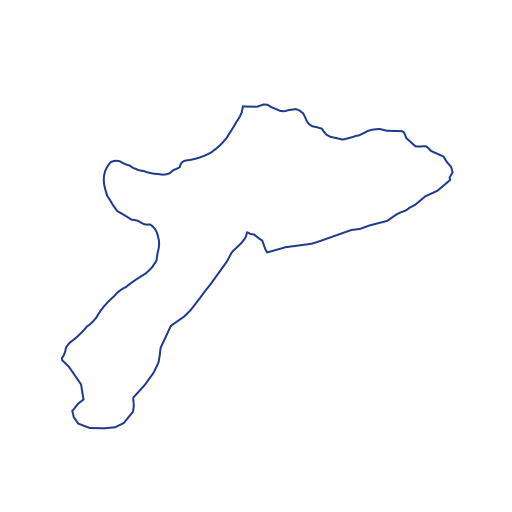 Zarqa, Dumyat, Egypt, rotated 352°
{"feature_id": "37247803B96389835129643", "entity_name": "Zarqa", "entity_type": "district", "adm_level": 2, "iso_a3": "EGY", "parent_name": "Egypt", "parent_adm1": "Dumyat", "projection": "equal_earth", "projection_center": [31.647, 31.209], "detail": "fine", "context": "isolated", "style": "outline", "palette": "blue", "viewbox_px": 512, "rotation_deg": 352, "n_neighbors": 0, "source": "geoboundaries", "source_scale": "gbopen_adm2", "svg_char_len": 6088}
<svg xmlns="http://www.w3.org/2000/svg" viewBox="0 0 512 512"><g transform="rotate(352 256 256)"><path d="M81.7,405.5L92.7,406.0L101.8,403.0L112.5,393.1L114.2,387.2L114.6,379.9L115.0,378.9L122.7,372.6L128.4,367.7L135.9,359.9L138.6,357.0L144.7,347.7L146.7,341.5L148.8,333.6L162.0,313.3L172.4,308.0L176.2,306.1L183.6,300.6L194.8,289.7L200.0,284.3L207.0,277.7L226.4,257.4L232.3,249.3L233.6,248.1L238.4,244.7L243.1,241.3L246.8,237.8L248.8,235.3L250.3,231.4L251.2,231.6L253.3,233.3L257.0,234.4L261.8,239.5L264.3,241.5L266.1,250.2L267.5,254.0L284.7,251.7L286.2,251.4L308.5,251.6L310.2,251.6L313.6,251.5L322.6,249.9L352.1,243.9L354.4,243.5L362.5,243.7L372.9,241.5L390.7,239.5L400.7,234.5L404.4,233.2L411.2,231.6L414.9,229.5L420.5,227.6L431.9,220.5L444.8,216.6L455.6,209.8L458.8,207.7L458.6,205.3L462.4,200.4L461.6,194.9L458.1,189.5L455.5,183.6L443.9,176.3L441.2,172.4L439.5,171.0L436.0,170.5L434.2,170.5L429.3,169.7L421.4,160.4L419.7,154.1L417.9,152.7L403.1,150.2L395.8,147.3L389.1,147.1L384.1,147.7L378.6,149.7L374.3,151.0L371.8,150.9L368.7,151.6L359.5,152.7L357.7,152.7L352.2,150.5L346.0,148.2L342.4,145.4L340.6,142.5L338.8,139.0L333.9,136.8L329.6,135.3L326.6,132.4L324.8,128.9L324.2,126.1L322.5,121.2L318.8,117.6L315.8,116.1L309.6,116.0L304.1,116.6L300.4,115.8L291.9,110.7L288.3,107.8L284.6,107.0L277.8,108.3L272.3,107.5L265.2,106.3L263.8,106.0L263.6,106.7L263.4,107.6L263.1,108.4L262.8,109.2L262.4,110.0L262.1,110.7L262.0,111.6L261.5,112.4L260.6,113.8L260.2,114.5L259.6,115.4L258.5,116.8L254.8,121.1L254.1,122.1L252.1,124.6L249.8,127.3L247.4,130.2L244.9,133.1L243.2,135.2L242.1,136.1L240.5,137.3L239.7,138.3L238.8,139.0L237.9,139.7L237.0,140.4L236.1,141.1L235.2,141.8L234.3,142.4L233.3,143.0L232.4,143.6L231.4,144.2L230.4,144.8L229.4,145.1L227.5,146.4L226.5,147.0L225.5,147.3L224.6,147.7L223.3,148.2L222.1,148.5L221.0,148.9L219.8,149.2L218.6,149.6L217.5,149.8L216.3,150.1L215.1,150.4L213.9,150.6L212.7,150.8L211.5,151.0L210.3,151.2L209.1,151.3L207.9,151.4L206.7,151.5L205.5,151.6L204.3,151.7L203.1,151.7L201.9,151.7L200.5,151.7L199.7,151.7L198.9,151.7L198.2,151.9L197.5,152.1L196.8,152.4L196.1,152.8L195.6,153.2L194.9,153.8L194.4,154.4L193.9,155.1L193.5,155.8L193.2,156.5L192.9,157.3L192.4,157.6L191.6,157.9L190.9,158.2L190.2,158.4L189.4,158.6L188.7,158.8L188.0,159.0L187.2,159.2L186.3,159.3L184.6,160.4L182.8,161.5L182.0,162.0L181.4,162.1L180.8,162.3L180.3,162.4L179.7,162.5L179.1,162.5L178.5,162.6L177.9,162.6L177.3,162.6L176.7,162.6L176.1,162.6L175.5,162.5L174.9,162.4L174.4,162.3L173.8,162.2L173.2,162.0L172.6,161.9L172.1,161.7L171.4,161.4L170.8,161.3L169.8,161.1L168.8,160.9L167.8,160.6L166.8,160.4L165.9,160.1L164.9,159.8L163.9,159.5L163.0,159.1L162.0,158.8L161.1,158.4L160.1,158.0L159.2,157.5L158.3,157.1L157.3,156.6L156.3,156.1L154.8,155.7L154.1,155.4L153.4,155.2L152.7,155.0L152.0,154.7L151.3,154.4L150.6,154.1L150.0,153.7L149.4,153.1L148.7,152.8L147.4,152.3L146.8,151.7L146.2,151.3L145.6,150.8L145.0,150.3L144.4,149.8L143.8,149.3L143.3,148.7L142.6,148.4L141.9,148.1L141.2,147.8L140.5,147.5L139.8,147.1L139.1,146.7L138.4,146.3L137.8,145.9L137.1,145.4L136.5,145.0L135.8,144.5L135.2,144.0L134.4,143.3L133.4,142.9L132.4,142.6L131.4,142.4L130.4,142.2L129.4,142.2L128.4,142.2L127.4,142.3L126.4,142.5L125.5,142.8L124.7,143.2L123.6,144.2L122.9,145.0L122.3,145.6L121.8,146.2L121.2,146.9L120.7,147.5L120.2,148.2L119.8,148.9L119.3,149.6L118.8,150.3L118.4,151.0L118.0,151.8L117.8,152.5L117.5,153.2L117.1,154.2L116.7,155.6L116.3,157.1L116.0,158.6L115.8,160.0L115.7,161.5L115.6,163.0L115.6,164.5L115.7,165.6L115.8,166.8L115.9,167.9L116.0,169.1L116.2,170.2L116.3,171.4L116.5,172.6L116.7,173.7L116.9,174.8L117.3,176.4L117.9,177.4L119.0,179.7L119.6,181.3L120.2,182.6L120.7,184.0L121.3,185.3L121.9,186.6L122.6,187.9L123.2,189.2L123.9,190.5L124.7,192.0L125.8,193.0L127.3,194.1L128.7,195.2L130.2,196.3L131.6,197.5L133.0,198.6L134.4,199.8L135.8,201.0L137.2,202.2L137.9,202.8L138.5,202.9L139.1,203.0L139.7,203.1L140.3,203.3L140.8,203.5L141.7,203.8L142.8,204.2L143.9,204.8L144.9,205.4L145.9,206.1L146.9,207.0L147.7,207.7L148.5,208.2L149.3,208.7L150.2,209.1L151.0,209.4L151.9,209.7L152.8,209.8L153.5,209.9L154.2,209.9L155.2,209.9L156.1,210.6L156.9,211.3L157.6,212.1L158.3,213.0L158.9,213.9L159.5,214.9L160.0,215.9L160.5,217.0L160.8,218.1L161.1,219.2L161.3,220.4L161.5,221.5L161.6,222.5L161.7,223.4L161.8,224.4L161.9,225.8L162.0,227.1L161.9,228.5L161.8,229.9L161.6,231.3L161.3,232.6L161.1,233.6L160.8,234.5L160.3,235.8L159.9,237.0L159.4,238.1L159.0,239.3L158.6,240.5L158.2,241.7L157.9,242.9L157.5,244.2L157.2,245.4L156.9,246.5L156.2,247.3L155.6,248.1L155.0,248.9L154.3,249.6L153.6,250.3L153.0,251.0L152.4,251.9L151.6,252.6L150.9,253.2L150.3,253.7L149.4,254.4L147.9,255.5L147.1,256.1L145.5,257.2L143.9,258.2L143.0,258.5L142.2,258.9L141.4,259.3L139.4,260.1L138.7,260.4L137.3,261.1L135.8,261.7L134.4,262.4L133.0,263.1L131.6,263.8L130.2,264.5L128.8,265.3L127.4,266.0L126.0,266.8L123.0,268.6L121.9,269.0L121.1,269.2L120.3,269.5L119.6,269.8L118.9,270.1L118.1,270.5L117.5,270.7L116.7,271.2L116.0,271.6L115.3,272.0L114.6,272.4L113.9,272.9L113.2,273.3L112.6,273.8L111.9,274.3L111.3,274.9L110.6,275.4L109.8,276.2L108.7,276.9L107.6,277.6L106.6,278.3L105.6,279.0L104.6,279.7L103.6,280.4L102.6,281.2L101.7,282.0L100.7,282.8L99.8,283.6L98.8,284.4L97.9,285.2L97.0,286.1L96.1,287.0L95.2,287.9L94.3,288.8L93.7,289.5L92.6,290.7L91.8,291.6L91.0,292.6L89.4,294.6L88.6,295.4L87.9,296.0L87.2,296.6L86.6,297.2L85.9,297.8L85.2,298.3L84.4,298.9L83.7,299.4L83.0,299.9L82.2,300.4L81.5,300.9L80.7,301.3L79.9,301.7L78.9,302.2L78.2,302.8L77.1,303.8L76.1,304.7L74.9,305.7L74.0,306.4L72.9,307.3L71.8,308.1L70.7,308.9L69.6,309.7L68.5,310.5L67.4,311.3L66.2,312.0L65.1,312.7L63.9,313.4L62.6,314.2L61.4,314.8L60.8,315.2L60.3,315.5L59.7,315.8L59.2,316.2L58.7,316.6L58.2,317.0L57.5,317.7L56.6,318.6L55.7,319.6L55.0,320.5L54.6,321.5L54.2,322.8L53.9,323.9L53.4,324.6L52.8,325.8L52.2,326.9L51.6,327.7L51.2,328.3L50.7,329.0L50.2,329.5L49.6,330.2L49.6,332.2L55.4,339.8L56.5,342.0L64.9,358.8L65.2,374.1L59.4,377.4L53.2,383.3L52.5,383.9L53.0,388.3L53.0,389.9L56.6,397.2L67.4,403.2L81.7,405.5Z" fill="none" stroke="#1e3a8a" stroke-width="2"/></g></svg>